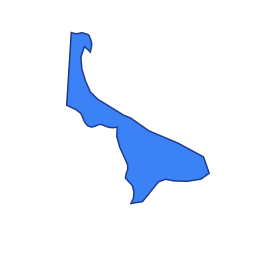 map outline of South Abaco (Robinson projection), rotated 296°
{"feature_id": "BHS-5016", "entity_name": "South Abaco", "entity_type": "District", "adm_level": 1, "iso_a3": "BHS", "parent_name": "The Bahamas", "parent_adm1": "", "projection": "robinson", "projection_center": [-77.194, 26.12], "detail": "fine", "context": "isolated", "style": "filled", "palette": "blue", "viewbox_px": 256, "rotation_deg": 296, "n_neighbors": 0, "source": "natural_earth", "source_scale": "10m", "svg_char_len": 804}
<svg xmlns="http://www.w3.org/2000/svg" viewBox="0 0 256 256"><g transform="rotate(296 128 128)"><path d="M188.9,35.2L189.7,39.4L191.3,42.1L193.0,44.1L193.8,46.1L194.1,49.3L194.6,50.8L194.0,52.4L191.2,55.6L188.5,58.0L185.7,59.4L179.7,60.8L180.4,59.1L182.0,53.2L171.0,54.6L160.6,60.8L151.3,69.5L143.8,78.5L140.6,88.3L137.6,118.5L138.1,126.0L134.6,148.2L136.3,180.0L135.1,208.5L122.9,220.8L114.0,215.9L106.1,204.7L100.5,192.3L98.4,184.2L93.0,179.0L68.2,173.3L61.4,163.7L66.9,163.7L73.0,161.5L78.1,157.3L81.9,147.6L86.0,146.4L91.0,145.8L95.0,143.6L107.4,128.7L115.4,121.7L124.0,117.9L121.8,114.6L120.5,111.4L119.8,107.7L119.6,102.9L118.3,100.2L115.4,97.9L112.8,94.9L112.3,90.7L114.4,86.2L117.5,82.8L120.5,79.1L121.7,73.3L121.6,62.9L188.9,35.2Z" fill="#3b82f6" stroke="#1e3a8a" stroke-width="1.5"/></g></svg>